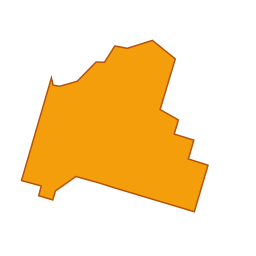 Scott, Indiana, United States of America (Robinson projection), rotated 17°
{"feature_id": "52423323B28319824001651", "entity_name": "Scott", "entity_type": "district", "adm_level": 2, "iso_a3": "USA", "parent_name": "United States of America", "parent_adm1": "Indiana", "projection": "robinson", "projection_center": [-85.762, 38.697], "detail": "fine", "context": "isolated", "style": "filled", "palette": "amber", "viewbox_px": 256, "rotation_deg": 17, "n_neighbors": 0, "source": "geoboundaries", "source_scale": "gbopen_adm2", "svg_char_len": 473}
<svg xmlns="http://www.w3.org/2000/svg" viewBox="0 0 256 256"><g transform="rotate(17 128 128)"><path d="M40.1,102.5L41.5,209.4L62.0,208.8L62.4,218.9L77.1,218.8L77.0,209.4L92.4,189.6L107.8,189.2L116.5,189.0L133.2,189.2L215.9,188.7L215.4,140.2L194.8,140.0L194.5,120.4L174.0,120.3L173.8,105.6L153.3,101.0L153.0,48.1L125.7,37.1L104.0,52.0L91.4,53.4L86.3,72.0L78.1,74.3L65.9,98.0L50.5,108.1L43.9,108.9L40.1,102.5Z" fill="#f59e0b" stroke="#b45309" stroke-width="1.5"/></g></svg>